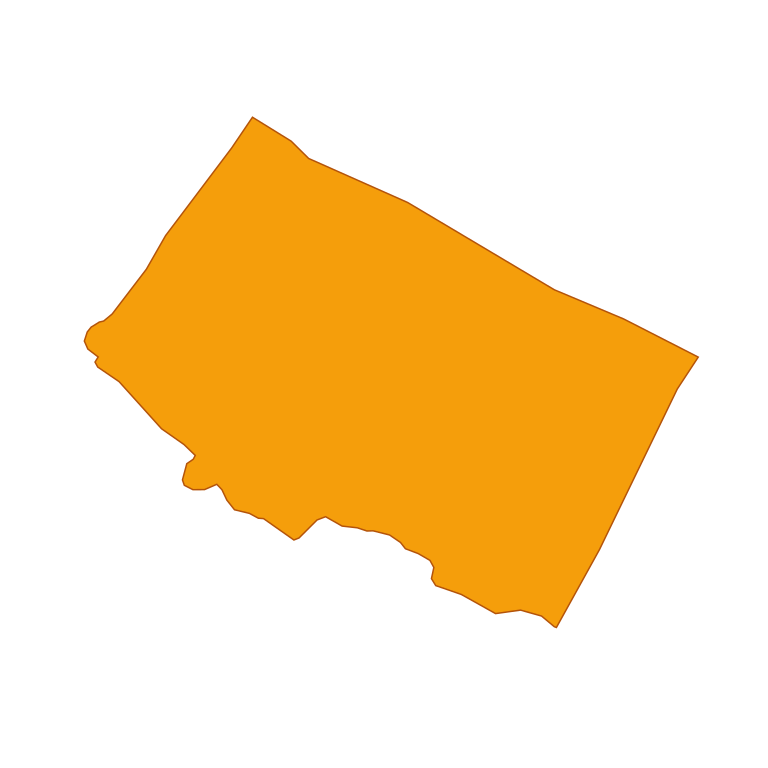 As Eyla, Dikhil, Djibouti (Albers equal-area conic projection), rotated 33°
{"feature_id": "41766387B73347270872705", "entity_name": "As Eyla", "entity_type": "district", "adm_level": 2, "iso_a3": "DJI", "parent_name": "Djibouti", "parent_adm1": "Dikhil", "projection": "albers", "projection_center": [42.017, 11.095], "detail": "fine", "context": "isolated", "style": "filled", "palette": "amber", "viewbox_px": 768, "rotation_deg": 33, "n_neighbors": 0, "source": "geoboundaries", "source_scale": "gbopen_adm2", "svg_char_len": 1010}
<svg xmlns="http://www.w3.org/2000/svg" viewBox="0 0 768 768"><g transform="rotate(33 384 384)"><path d="M128.4,231.9L127.7,268.8L121.5,357.4L120.0,378.4L122.2,417.2L117.9,473.3L114.6,483.9L111.4,487.2L111.2,487.8L107.4,495.8L106.8,502.0L109.3,511.2L116.6,516.0L129.6,517.0L129.6,519.1L129.7,523.0L134.7,525.7L160.5,526.3L206.9,538.7L221.8,542.7L249.3,543.7L264.6,546.7L265.0,551.0L262.0,558.2L267.2,574.2L271.7,577.7L281.3,576.7L291.0,570.3L298.4,559.2L302.4,560.1L305.8,561.0L315.5,567.0L327.1,570.9L341.6,565.8L351.7,565.0L356.3,562.5L393.4,563.9L396.6,559.4L401.9,534.5L405.4,529.7L407.3,527.1L426.2,526.0L440.0,519.1L449.7,516.6L454.8,513.1L470.9,507.6L484.1,507.9L491.7,510.5L505.0,507.6L518.6,506.9L525.7,510.7L527.3,514.8L529.8,521.4L537.2,524.9L563.4,518.4L602.6,515.8L621.6,499.3L642.5,492.8L645.8,493.2L659.0,494.8L661.2,494.3L654.9,405.6L632.7,228.5L632.9,190.3L549.7,198.9L475.6,212.2L305.0,218.9L198.0,235.9L173.9,230.9L128.4,231.9Z" fill="#f59e0b" stroke="#b45309" stroke-width="1.5"/></g></svg>